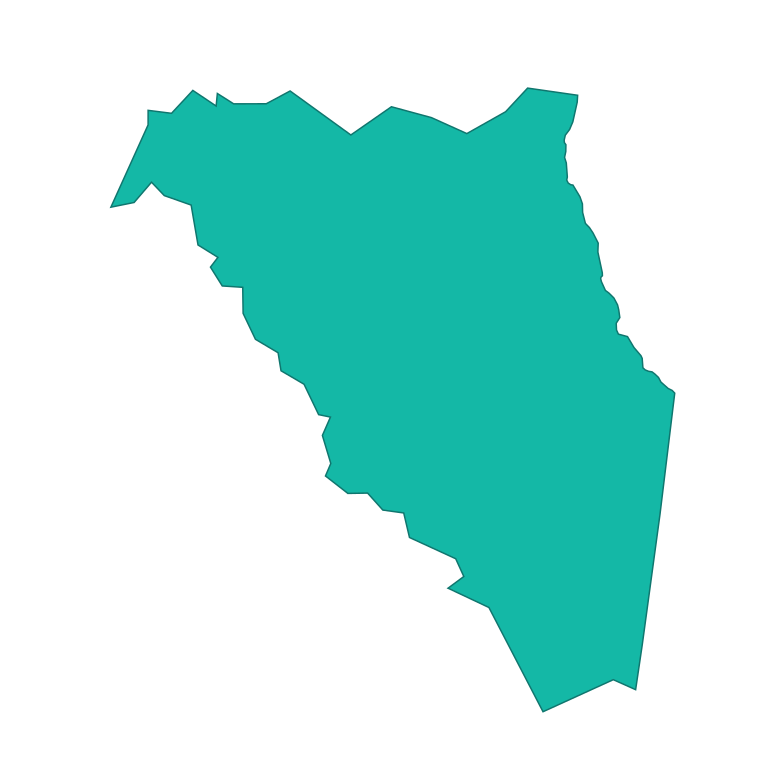 Bell, Kentucky, United States of America, rotated 276°
{"feature_id": "52423323B3564583565128", "entity_name": "Bell", "entity_type": "district", "adm_level": 2, "iso_a3": "USA", "parent_name": "United States of America", "parent_adm1": "Kentucky", "projection": "mercator", "projection_center": [-83.631, 36.769], "detail": "fine", "context": "isolated", "style": "filled", "palette": "teal", "viewbox_px": 768, "rotation_deg": 276, "n_neighbors": 0, "source": "geoboundaries", "source_scale": "gbopen_adm2", "svg_char_len": 1393}
<svg xmlns="http://www.w3.org/2000/svg" viewBox="0 0 768 768"><g transform="rotate(276 384 384)"><path d="M106.3,666.2L151.6,668.1L282.9,672.1L405.3,674.1L407.7,671.3L409.3,667.0L414.9,659.2L419.2,656.3L422.2,652.4L424.1,649.3L424.3,645.8L425.3,642.3L427.2,639.8L436.5,638.1L439.0,636.6L446.4,628.8L456.6,621.2L458.1,611.9L462.0,609.6L468.7,608.6L474.7,611.6L482.3,609.7L487.1,608.0L493.5,603.7L497.8,598.4L500.2,594.4L508.4,589.6L511.3,588.5L512.9,588.6L514.5,589.9L517.4,589.5L537.6,582.9L546.5,582.3L555.9,576.2L561.0,572.0L564.8,567.5L575.4,563.6L583.9,562.5L590.7,559.3L601.6,551.1L601.7,548.9L603.1,546.2L605.9,544.4L609.0,544.7L622.9,542.2L628.2,539.9L634.2,540.5L641.0,539.9L642.9,538.2L645.3,537.7L650.4,538.3L656.6,542.0L664.5,544.4L684.5,546.7L691.4,546.4L693.3,495.9L667.5,476.5L641.7,440.2L653.9,403.3L660.5,362.4L628.2,325.0L665.6,260.0L650.4,237.6L646.9,205.2L655.5,187.9L642.9,188.0L656.0,163.2L631.0,144.4L631.5,120.8L617.0,122.3L531.3,93.9L538.4,116.5L560.4,131.7L548.4,145.8L541.8,173.5L502.8,184.5L492.6,205.6L482.1,199.2L464.6,212.9L465.4,233.4L439.5,236.5L415.0,251.5L404.0,275.4L386.4,280.2L375.4,304.5L346.7,322.2L345.5,334.2L326.4,328.1L299.4,339.4L286.4,335.4L271.4,359.5L273.8,379.1L258.5,396.0L257.8,417.1L234.0,425.4L217.7,473.6L200.9,483.5L187.6,469.0L172.7,511.7L74.7,576.4L113.9,642.9L106.3,666.2Z" fill="#14b8a6" stroke="#0f766e" stroke-width="1.5"/></g></svg>